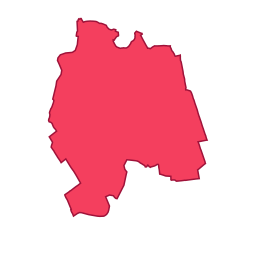 the district of Ogrezeni, Giurgiu, Romania, rotated 282°
{"feature_id": "2599482B64620511258400", "entity_name": "Ogrezeni", "entity_type": "district", "adm_level": 2, "iso_a3": "ROU", "parent_name": "Romania", "parent_adm1": "Giurgiu", "projection": "natural_earth1", "projection_center": [25.753, 44.398], "detail": "fine", "context": "isolated", "style": "filled", "palette": "rose", "viewbox_px": 256, "rotation_deg": 282, "n_neighbors": 0, "source": "geoboundaries", "source_scale": "gbopen_adm2", "svg_char_len": 5540}
<svg xmlns="http://www.w3.org/2000/svg" viewBox="0 0 256 256"><g transform="rotate(282 128 128)"><path d="M33.1,91.2L32.7,91.6L32.2,91.9L31.6,92.3L30.5,93.0L33.9,96.3L35.2,98.1L35.5,100.1L35.1,107.5L35.4,116.0L35.7,118.7L36.7,122.5L37.1,123.2L37.6,123.7L39.0,125.0L41.5,126.0L43.7,126.2L47.8,126.1L56.1,120.4L58.6,123.9L58.7,127.4L58.7,127.9L57.4,129.2L56.6,130.7L56.6,132.0L71.2,135.9L82.6,135.9L84.8,136.0L85.2,135.5L86.9,133.5L90.4,131.8L96.7,133.5L97.1,137.0L97.6,142.4L97.6,144.2L96.9,146.5L96.6,146.8L96.3,147.4L96.0,148.6L95.5,149.9L95.2,150.7L94.7,152.1L94.4,152.4L94.2,152.6L93.6,152.9L93.6,153.5L93.8,154.1L94.1,154.4L94.6,154.5L95.0,154.8L95.3,154.8L95.6,154.8L95.8,154.9L95.8,155.0L95.7,155.5L95.1,156.2L94.9,156.4L94.6,156.7L94.5,156.9L94.4,157.1L94.4,157.7L94.4,157.8L94.5,158.0L94.3,158.3L94.8,158.7L95.0,159.1L95.3,159.8L95.8,160.7L96.1,161.3L96.4,161.8L97.2,162.9L97.4,163.1L98.0,163.6L98.3,163.8L98.6,164.6L98.7,165.0L98.5,165.4L97.2,165.9L95.7,166.4L95.3,166.6L94.6,166.8L93.8,167.2L89.5,168.6L89.5,169.1L89.5,169.9L89.4,170.6L89.3,171.4L89.2,172.6L88.9,174.7L89.0,175.4L89.0,175.8L89.1,176.4L89.2,176.9L89.4,178.2L89.6,179.5L89.7,179.9L89.4,180.0L88.2,180.3L87.1,180.6L86.7,180.6L86.4,180.7L86.2,180.8L86.0,181.2L86.0,181.3L86.1,181.5L86.3,182.1L86.7,183.6L86.8,184.0L86.8,184.3L86.8,184.6L86.7,184.9L86.6,185.2L86.5,185.5L86.4,185.7L86.1,186.1L86.1,186.3L86.1,186.6L87.2,190.1L87.5,191.1L88.2,193.1L88.6,194.1L88.8,195.2L89.9,198.3L90.6,200.3L92.3,205.1L93.3,208.2L101.6,204.8L102.4,205.6L105.5,208.0L106.0,208.4L107.2,209.3L107.8,209.8L108.2,210.1L108.6,210.4L109.1,210.9L109.3,211.1L109.5,210.9L110.7,210.5L114.7,208.1L118.4,205.9L121.2,204.2L122.1,203.6L122.8,203.1L126.1,201.3L129.1,199.4L129.7,200.9L130.5,202.8L130.8,203.5L132.3,207.0L132.6,207.9L133.3,207.4L134.6,206.6L136.6,205.6L138.2,204.5L141.8,202.4L142.7,201.9L143.8,201.2L146.0,199.9L148.2,198.7L149.1,198.2L151.4,196.8L151.9,196.5L153.1,195.8L153.6,195.5L154.7,194.8L157.2,193.4L159.6,192.2L160.5,191.7L163.8,189.7L166.6,188.0L167.2,187.7L167.8,187.4L169.2,186.6L169.8,186.1L171.3,185.2L172.6,184.6L173.4,184.1L175.2,183.0L175.9,182.5L177.0,181.5L177.3,180.7L177.3,180.4L177.3,180.0L177.3,179.6L177.5,178.3L177.5,177.9L177.5,177.5L177.3,176.5L178.6,176.2L179.0,176.4L179.7,176.3L180.1,176.1L185.6,173.7L187.6,173.2L190.8,171.6L192.2,170.9L194.6,170.1L201.0,167.4L203.6,166.3L205.0,165.3L207.1,164.7L207.5,164.6L209.4,164.2L210.2,163.9L209.8,163.4L208.0,159.3L208.1,159.1L208.8,158.5L209.8,158.0L210.8,157.0L211.9,156.0L212.0,155.8L212.5,155.1L213.5,154.3L214.4,153.8L215.7,152.8L216.2,152.4L217.1,152.3L216.6,150.2L216.5,149.6L216.5,148.7L216.3,147.6L216.2,147.2L216.2,146.7L216.1,145.9L215.9,145.2L215.8,144.9L214.8,141.4L214.2,138.9L213.8,136.8L213.3,136.3L212.3,135.1L211.4,134.4L210.2,133.2L210.4,132.0L210.4,131.4L210.1,130.6L211.4,129.6L212.3,128.7L212.9,128.2L217.2,124.5L220.0,122.2L221.0,121.4L221.3,121.1L222.8,122.4L223.5,121.9L223.4,121.2L224.0,118.1L224.2,117.1L224.4,116.1L224.2,116.0L224.0,115.9L223.8,115.7L223.4,115.5L223.2,115.5L222.5,115.0L222.3,114.9L222.1,114.9L221.7,115.0L220.9,115.4L220.5,115.6L219.4,115.8L218.9,115.8L218.3,116.0L217.7,116.1L217.4,116.0L216.8,116.0L216.3,115.8L216.0,115.8L215.4,115.5L214.5,114.9L214.0,114.4L213.5,113.8L213.1,113.5L212.9,113.4L212.6,113.2L211.6,113.1L211.0,113.0L210.7,112.8L209.6,112.4L208.5,111.9L208.0,111.7L207.6,111.3L207.2,111.1L206.3,110.2L206.0,109.8L205.8,109.1L205.7,108.8L205.6,108.3L205.5,107.2L205.5,106.9L205.3,106.6L204.9,105.2L204.6,104.6L204.5,104.1L204.3,103.9L204.3,103.6L204.4,103.2L204.9,100.2L205.0,100.1L205.3,99.6L205.4,99.3L205.5,99.1L207.6,97.2L209.8,95.5L211.2,95.2L211.2,96.4L212.1,96.5L212.9,97.0L214.1,97.4L214.9,97.9L215.5,98.5L215.9,99.2L216.2,99.5L216.4,99.5L217.7,99.2L218.7,98.8L219.6,98.6L219.7,97.5L219.9,96.6L220.1,95.6L221.6,95.6L221.7,93.5L221.3,92.9L220.4,91.2L220.8,88.8L222.3,86.6L223.9,85.4L224.2,83.9L224.6,81.9L224.8,79.7L224.4,78.6L225.1,76.5L225.5,75.1L225.5,74.0L225.2,71.4L225.0,70.6L224.8,69.0L223.9,65.8L223.2,63.9L222.2,62.3L224.0,60.5L224.2,60.3L225.3,59.5L225.4,59.2L224.4,58.2L224.4,57.6L224.7,57.3L224.5,57.1L224.1,57.0L223.5,56.8L222.0,56.7L221.7,56.0L212.2,58.5L211.2,58.0L207.6,58.2L207.1,58.4L207.2,60.3L203.4,60.6L199.0,61.1L192.9,60.3L190.4,57.8L188.4,51.4L185.5,46.6L182.0,44.9L179.4,45.0L175.9,47.6L170.7,51.2L166.4,51.4L159.0,48.5L154.2,48.8L140.6,48.4L139.7,49.7L139.2,49.7L138.3,49.8L136.6,49.7L135.5,49.5L133.5,49.3L131.7,48.9L130.4,48.4L130.1,48.4L129.6,48.4L128.6,48.2L127.2,48.0L126.8,48.0L126.5,48.1L126.2,48.2L125.6,48.4L125.0,48.8L124.6,48.9L124.3,48.9L123.3,49.0L121.6,49.0L121.1,48.9L120.5,48.7L120.0,48.7L119.6,48.7L119.1,48.7L118.6,48.9L118.2,49.2L117.7,49.5L117.6,49.9L117.6,50.4L117.6,50.9L117.5,51.2L117.3,51.7L117.1,52.2L116.8,52.5L116.5,53.0L116.0,53.3L115.7,53.3L114.6,54.2L113.7,54.7L113.6,54.9L113.1,55.4L112.4,56.1L111.7,57.2L110.1,58.8L107.6,56.7L103.0,52.8L101.9,53.9L100.0,55.6L98.9,56.7L98.4,57.1L98.0,57.1L97.1,57.1L96.7,57.0L96.4,57.0L95.9,56.9L94.5,56.8L94.0,56.8L93.6,56.8L93.3,56.8L92.2,58.0L91.4,58.8L90.1,60.3L89.2,61.0L86.9,63.2L85.7,64.4L84.8,65.2L81.5,68.7L80.2,69.8L83.1,72.2L84.4,73.3L84.8,73.6L80.4,77.7L79.0,79.0L77.1,80.9L75.1,83.1L74.6,83.7L72.6,85.6L70.0,88.0L64.2,93.1L63.1,92.2L61.4,90.8L60.1,89.5L57.1,86.9L54.8,85.0L54.7,84.7L54.2,84.2L53.8,84.0L52.0,82.4L51.2,81.6L49.6,80.1L49.0,80.3L47.2,81.6L46.5,82.2L46.1,82.6L45.7,83.0L44.9,83.7L40.8,86.5L39.6,87.3L37.2,89.0L36.7,89.4L36.3,89.0L35.1,89.6L33.7,90.6L33.1,91.2Z" fill="#f43f5e" stroke="#9f1239" stroke-width="1.5"/></g></svg>